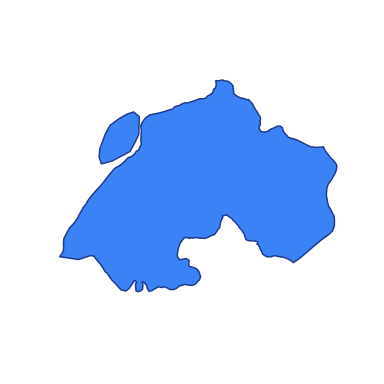 Al-Maragha, Suhaj, Egypt, rotated 252°
{"feature_id": "37247803B96203293605859", "entity_name": "Al-Maragha", "entity_type": "district", "adm_level": 2, "iso_a3": "EGY", "parent_name": "Egypt", "parent_adm1": "Suhaj", "projection": "robinson", "projection_center": [31.569, 26.668], "detail": "fine", "context": "isolated", "style": "filled", "palette": "blue", "viewbox_px": 384, "rotation_deg": 252, "n_neighbors": 0, "source": "geoboundaries", "source_scale": "gbopen_adm2", "svg_char_len": 4380}
<svg xmlns="http://www.w3.org/2000/svg" viewBox="0 0 384 384"><g transform="rotate(252 192 192)"><path d="M290.4,249.0L290.2,249.0L289.8,248.9L286.2,248.1L283.6,246.3L283.1,244.5L281.8,243.6L280.2,242.3L279.5,241.1L278.8,238.5L278.4,236.2L277.0,234.1L277.1,231.6L278.0,229.2L278.3,228.4L278.2,226.2L278.1,223.6L278.1,219.0L278.1,218.5L278.0,215.8L279.0,213.0L278.9,209.1L278.2,206.9L278.5,203.4L278.1,201.1L276.9,199.6L277.0,195.4L277.1,189.8L277.2,186.4L277.8,180.6L278.4,175.8L277.2,171.6L275.9,169.2L273.0,165.7L271.0,163.8L266.1,162.8L261.1,161.0L257.8,159.6L255.0,158.9L252.8,158.5L251.4,156.7L250.7,156.2L248.5,154.4L247.9,151.5L246.2,149.6L244.6,146.0L244.2,141.5L241.7,136.9L239.6,132.1L238.5,126.2L234.7,119.8L232.4,116.3L230.2,113.1L227.1,108.6L224.0,103.0L220.6,97.1L219.7,95.7L217.4,92.2L215.0,89.1L213.3,87.6L211.8,85.2L210.7,83.4L208.4,81.2L205.6,78.0L202.8,75.4L198.9,70.3L195.8,64.6L192.1,60.5L187.2,55.7L183.2,54.0L178.4,52.7L175.0,50.8L173.6,49.1L171.6,46.5L171.5,46.4L171.3,46.3L170.9,47.1L168.9,51.1L167.7,53.6L166.6,55.7L162.9,63.1L162.9,68.0L162.9,73.4L162.9,75.8L161.7,78.1L161.6,78.8L158.6,79.8L157.2,80.3L155.7,81.0L155.0,81.0L152.0,82.5L146.8,84.0L143.1,84.7L140.9,86.2L135.7,87.7L133.4,88.4L126.0,92.1L123.8,92.9L120.8,94.4L119.3,96.6L118.5,98.2L118.5,99.7L119.2,101.3L119.9,102.9L120.6,103.6L125.6,109.9L124.9,110.7L122.7,111.4L122.0,109.9L119.0,109.0L115.4,108.2L114.9,108.7L113.9,109.7L113.8,112.0L114.5,114.4L115.2,115.2L119.6,116.8L121.8,116.8L121.1,118.4L117.3,119.9L113.7,119.8L110.7,120.5L110.7,122.8L110.6,123.6L111.3,125.2L111.3,126.0L112.0,129.8L112.0,131.4L110.4,133.7L110.4,136.8L108.1,139.1L106.6,140.6L105.9,141.3L105.1,143.7L105.0,146.0L105.0,146.8L106.4,150.7L106.4,152.2L106.4,154.5L106.3,155.3L106.3,156.9L104.8,159.2L104.0,161.5L103.2,163.0L103.2,164.5L103.2,166.1L103.9,167.7L105.3,170.0L106.0,171.6L107.5,173.1L108.9,174.0L110.4,174.0L111.9,174.0L114.1,174.0L115.6,173.3L116.3,173.3L118.5,171.8L120.1,169.5L121.6,167.2L122.3,166.4L124.5,166.5L126.0,167.3L127.5,168.1L129.0,167.3L130.5,165.8L131.3,159.6L131.8,159.1L135.0,158.2L135.8,158.2L139.4,159.8L140.9,160.6L142.3,161.4L146.7,164.6L149.6,168.5L151.0,170.8L150.2,173.2L149.5,173.9L149.4,175.5L148.7,175.5L148.6,177.8L147.9,178.5L147.9,180.1L147.1,182.4L146.4,183.7L146.1,184.4L145.5,185.5L144.8,187.8L144.0,189.3L143.9,192.4L144.6,197.1L144.5,200.2L147.4,204.1L148.1,204.9L149.5,207.2L151.0,208.0L153.9,209.6L155.4,210.5L156.1,211.2L157.5,212.8L159.0,213.6L159.7,213.6L159.7,214.1L159.7,215.2L159.7,216.7L158.9,218.3L155.9,220.5L155.2,221.3L152.4,222.4L151.4,222.8L150.7,223.5L148.5,224.3L147.0,225.0L145.5,225.8L144.0,225.7L142.5,226.5L141.0,227.2L135.9,228.7L132.5,228.6L130.0,228.6L127.7,231.6L127.7,232.4L126.1,236.3L124.6,238.6L123.9,239.3L122.4,237.7L121.7,238.5L120.5,238.8L118.7,239.2L116.5,239.2L114.3,239.9L111.3,239.9L109.1,241.4L106.8,243.7L106.8,245.2L106.0,246.7L106.0,250.6L105.2,252.2L102.9,256.0L102.1,258.3L99.1,262.1L96.8,264.4L93.6,266.6L94.4,269.6L95.8,274.3L100.0,284.4L102.9,291.4L106.4,300.0L109.2,308.6L111.3,313.3L114.2,315.7L116.4,317.2L121.5,318.9L125.1,319.7L128.8,319.0L133.3,318.3L136.2,317.6L139.9,317.7L145.8,318.6L147.1,318.6L150.9,320.2L153.1,321.0L156.7,323.4L158.2,325.0L160.3,328.1L163.2,331.3L165.4,333.7L168.3,336.0L169.7,336.8L171.9,337.7L174.1,337.7L176.4,337.0L178.6,336.2L180.8,334.7L189.0,331.8L191.9,331.1L194.1,331.1L195.0,328.2L195.9,324.3L198.2,319.0L201.9,315.1L207.2,309.8L209.4,307.5L211.0,305.2L212.5,302.9L214.0,300.7L219.2,298.4L220.8,297.9L221.4,297.7L225.1,297.8L227.4,296.3L227.7,295.3L228.2,294.0L228.1,292.9L228.0,292.4L227.8,290.3L227.6,289.3L227.4,287.0L227.4,286.2L227.0,284.6L226.2,282.3L226.3,281.5L226.5,280.8L226.7,279.3L227.0,278.4L228.5,276.1L229.2,276.0L232.2,275.4L235.1,277.8L235.8,277.8L237.3,278.6L238.8,278.6L239.5,279.4L240.2,279.5L241.7,280.2L243.9,279.5L247.6,278.8L251.4,277.7L252.8,277.4L257.2,276.7L262.4,274.4L263.2,272.1L264.7,270.6L265.5,269.1L266.2,267.5L269.2,264.5L272.4,262.2L273.0,262.2L276.6,263.1L278.1,263.1L280.3,263.9L281.8,263.2L284.8,261.7L286.3,260.2L287.8,257.1L288.6,256.3L289.3,254.8L289.4,252.5L290.1,250.2L290.4,249.0ZM270.6,161.8L279.9,165.1L286.1,161.3L286.2,154.8L284.4,145.7L280.7,134.7L274.0,127.5L266.6,121.7L261.7,117.8L254.3,114.5L246.8,114.5L246.1,125.5L249.7,145.6L257.1,153.4L263.2,159.2L270.6,161.8Z" fill="#3b82f6" stroke="#1e3a8a" stroke-width="1.5"/></g></svg>